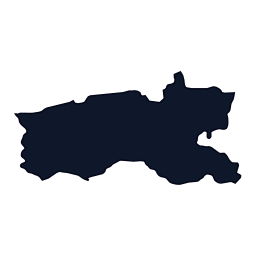 Limerick, Equal Earth projection
{"feature_id": "IRL-726", "entity_name": "Limerick", "entity_type": "County", "adm_level": 1, "iso_a3": "IRL", "parent_name": "Ireland", "parent_adm1": "", "projection": "equal_earth", "projection_center": [-8.682, 52.516], "detail": "fine", "context": "isolated", "style": "filled", "palette": "ink", "viewbox_px": 256, "rotation_deg": 0, "n_neighbors": 0, "source": "natural_earth", "source_scale": "10m", "svg_char_len": 3645}
<svg xmlns="http://www.w3.org/2000/svg" viewBox="0 0 256 256"><path d="M15.4,114.0L16.1,114.0L17.6,114.3L20.3,113.4L32.2,113.5L38.9,112.5L41.9,111.6L44.4,109.5L47.1,108.1L69.8,102.6L73.2,100.8L74.7,103.3L78.1,103.9L81.9,103.3L84.6,102.4L85.7,101.0L86.9,98.9L88.4,96.9L90.4,96.0L123.0,92.8L129.3,91.1L131.6,91.2L131.8,91.2L134.6,90.9L137.5,91.4L139.8,92.7L140.8,95.2L142.1,96.2L145.2,95.8L149.1,101.3L159.8,102.7L164.3,98.5L163.4,90.3L165.3,89.4L166.5,88.1L166.9,86.5L167.7,85.2L169.5,84.6L170.9,84.5L172.3,84.0L173.7,83.3L174.7,82.4L175.2,79.8L174.4,76.9L174.4,74.5L180.4,71.9L182.3,75.0L182.9,76.5L183.3,78.7L183.6,79.4L183.7,79.9L184.2,84.4L184.4,85.2L185.5,87.6L187.7,88.2L191.4,88.8L207.2,88.8L213.1,87.0L214.6,87.1L216.5,87.6L219.4,89.3L220.6,90.5L221.3,91.7L221.5,92.6L224.5,93.4L234.3,92.9L233.5,97.2L232.9,99.4L230.9,103.3L230.6,104.6L229.9,109.3L229.4,110.7L228.8,111.7L227.4,112.8L226.9,113.5L226.7,114.5L227.3,116.8L227.6,118.9L227.7,122.4L227.6,124.2L227.4,125.6L226.8,127.3L226.4,127.9L226.2,128.3L225.8,128.5L225.4,128.7L224.6,129.0L223.6,129.1L222.5,129.0L220.4,128.6L219.2,128.5L217.1,128.9L214.2,129.9L211.2,131.4L210.9,131.6L210.7,133.7L210.8,136.5L210.1,137.7L209.2,138.3L208.3,138.1L207.6,137.5L207.3,136.6L207.4,134.1L207.4,133.0L207.2,132.3L207.1,131.8L206.9,131.5L206.5,131.2L205.7,131.0L204.8,130.8L203.9,130.9L203.2,131.2L202.8,131.5L201.1,133.1L198.8,134.5L198.3,135.2L197.8,135.9L197.5,136.7L197.3,137.8L197.0,140.4L196.2,142.1L196.2,143.0L196.8,144.1L198.9,145.6L199.8,146.1L200.5,146.3L200.6,146.2L201.4,146.2L203.1,146.4L205.3,146.9L206.5,147.0L208.7,146.8L210.2,147.2L211.8,148.0L219.2,153.4L220.6,153.6L224.1,153.4L225.4,154.4L226.8,156.2L229.2,160.3L230.7,162.0L232.2,163.0L237.4,163.2L238.1,164.1L238.3,165.7L236.6,171.4L236.4,172.9L237.3,173.7L238.2,174.2L239.3,174.6L240.0,175.1L240.6,175.7L240.4,176.9L240.0,177.9L235.2,183.0L232.5,181.8L231.7,181.5L230.0,181.4L221.6,182.9L220.3,182.9L218.8,182.7L216.9,181.7L215.7,180.9L214.9,180.1L214.5,179.3L213.5,176.9L213.1,176.1L212.7,175.5L211.9,174.9L210.8,174.5L208.0,173.8L206.5,173.9L204.7,174.9L203.8,175.9L203.2,176.8L202.7,177.5L200.3,178.9L198.4,180.6L196.9,181.1L188.6,181.9L179.9,184.1L176.4,184.0L172.9,183.2L171.2,182.6L170.0,182.0L166.6,178.2L165.9,177.7L164.7,177.2L161.0,176.4L159.8,175.8L158.9,175.2L158.4,174.6L157.4,173.2L156.6,171.6L156.2,170.9L155.6,170.2L154.9,169.6L153.9,169.2L151.1,168.6L150.3,168.2L149.6,167.6L148.4,166.0L147.8,165.5L147.1,165.0L146.5,164.5L145.9,163.8L145.5,163.0L144.9,161.4L143.2,160.7L140.3,160.5L133.5,161.0L121.3,160.0L119.6,160.2L112.5,164.0L110.7,165.9L110.0,166.4L109.1,166.9L108.1,167.2L106.5,168.0L105.9,168.6L105.4,169.3L105.1,170.2L104.8,171.1L104.3,171.8L103.7,172.5L103.1,173.0L102.3,173.5L90.9,176.4L88.3,177.3L87.2,178.2L87.6,178.9L88.3,179.5L88.3,180.0L87.8,180.2L84.5,179.0L82.5,177.9L79.7,175.8L78.0,174.9L67.4,172.3L62.2,171.7L60.2,171.2L58.7,171.4L56.5,172.3L48.3,177.9L42.3,180.0L40.1,177.1L39.5,176.5L38.5,175.8L37.7,175.3L34.8,174.3L32.2,173.0L28.9,172.3L28.0,171.9L27.4,171.3L26.4,170.0L25.2,168.7L24.4,168.2L21.4,167.1L20.9,166.5L20.6,165.7L21.1,164.5L21.9,163.8L24.7,162.7L25.4,162.2L25.8,161.4L25.9,160.5L25.1,159.2L24.3,158.5L22.2,156.8L21.8,156.4L21.5,155.4L21.5,154.4L21.9,152.6L22.4,151.5L23.1,150.6L23.8,150.0L24.5,149.5L25.0,148.8L25.1,147.9L24.3,146.6L23.6,145.7L23.0,145.0L22.0,143.7L21.6,142.8L21.6,141.6L22.2,139.8L22.8,138.7L23.2,137.7L23.6,135.9L24.0,135.2L24.5,134.5L25.2,134.0L26.0,133.5L26.7,132.8L27.0,131.8L26.9,130.1L26.2,128.9L25.2,127.7L23.0,125.9L21.4,124.4L19.7,122.0L19.4,120.1L18.8,117.9L16.3,115.4L15.4,114.0Z" fill="#0f172a" stroke="#020617" stroke-width="1.5"/></svg>